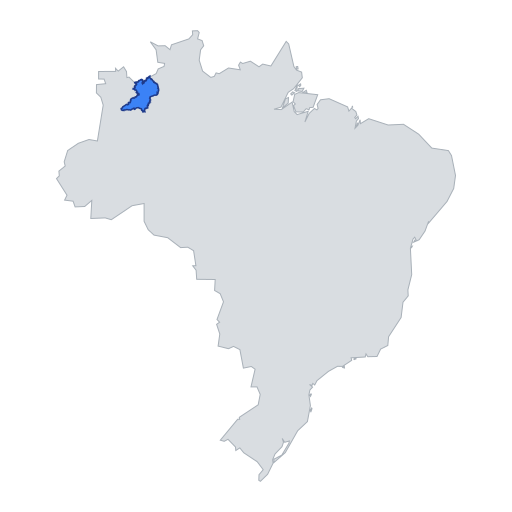 Santa Isabel do Rio Negro, Amazonas, Brazil shown in context
{"feature_id": "56859067B13835224033423", "entity_name": "Santa Isabel do Rio Negro", "entity_type": "district", "adm_level": 2, "iso_a3": "BRA", "parent_name": "Brazil", "parent_adm1": "Amazonas", "projection": "robinson", "projection_center": [-65.415, -0.252], "detail": "fine", "context": "in_parent", "style": "filled", "palette": "blue", "viewbox_px": 512, "rotation_deg": 0, "n_neighbors": 0, "source": "geoboundaries", "source_scale": "gbopen_adm2", "svg_char_len": 8506}
<svg xmlns="http://www.w3.org/2000/svg" viewBox="0 0 512 512"><path d="M129.0,77.1L134.4,82.4L141.2,79.9L143.3,83.3L147.1,78.5L156.2,73.6L158.2,68.9L164.1,66.4L164.6,63.4L157.8,62.3L156.1,49.8L150.3,41.8L158.1,45.9L165.1,45.7L170.0,49.7L171.5,44.8L188.9,38.9L192.7,34.7L192.4,30.9L197.6,30.7L199.2,32.5L197.6,38.9L202.1,40.6L203.7,45.8L200.6,49.8L199.2,60.2L202.6,71.1L210.8,77.4L214.3,76.4L216.1,72.9L219.2,73.7L228.5,68.0L240.3,69.8L238.6,65.2L240.4,62.1L242.7,63.5L250.4,61.2L259.0,66.8L262.7,64.1L270.9,66.0L286.2,41.4L288.7,44.0L293.9,66.6L296.5,70.1L301.6,72.1L302.3,77.8L293.6,88.7L288.2,92.3L281.0,107.1L274.0,109.2L281.3,109.6L292.1,102.1L294.2,111.6L297.1,114.6L308.2,111.3L304.9,122.0L309.2,113.4L314.4,108.5L316.9,109.9L318.1,108.4L317.1,104.5L320.5,99.8L329.1,98.7L347.6,106.9L348.9,111.1L351.5,108.2L355.8,111.5L356.9,115.0L354.7,117.5L355.6,118.7L358.0,116.3L358.5,118.6L356.4,121.0L355.0,128.3L357.9,125.3L360.1,119.8L360.4,123.7L368.7,118.7L388.1,125.0L403.5,124.3L418.7,134.2L431.8,148.1L448.4,150.6L451.5,155.6L455.5,175.5L453.7,188.5L447.0,201.5L428.6,223.1L428.6,221.3L425.0,231.1L419.2,239.7L416.6,241.0L414.7,237.2L413.0,239.1L410.4,248.3L411.7,274.6L407.9,289.8L408.2,295.9L403.0,302.2L401.1,317.5L388.6,336.7L387.8,345.5L380.6,349.1L377.0,356.5L367.8,356.7L366.0,353.9L365.2,357.0L351.1,357.8L351.7,360.3L342.5,366.4L337.5,366.3L328.4,371.4L317.0,380.6L314.7,385.0L312.8,383.4L312.0,385.4L309.5,384.5L312.6,387.1L309.9,390.0L308.9,394.9L310.4,405.6L307.4,421.6L297.7,430.7L285.3,452.6L274.0,462.5L273.9,459.2L281.8,455.1L289.0,443.1L289.3,441.0L284.7,442.3L282.2,438.4L283.5,442.2L282.0,446.7L275.0,454.0L272.6,459.8L273.1,463.1L267.6,474.3L260.4,481.3L258.8,480.3L259.0,474.7L263.2,469.7L257.3,461.8L243.8,452.8L239.8,447.9L235.8,450.5L235.5,447.0L228.0,439.3L224.2,441.3L220.3,440.2L237.7,419.2L239.7,419.3L239.3,417.3L258.2,404.8L260.2,394.4L257.0,386.9L251.0,386.9L255.1,369.2L251.3,366.5L243.4,368.1L239.9,349.6L233.5,346.4L228.5,348.7L218.1,346.1L219.8,334.0L216.6,324.3L219.6,322.2L217.0,319.5L223.5,301.8L220.2,293.7L214.6,290.5L215.2,279.5L196.7,279.3L196.1,270.2L192.7,265.8L195.9,265.7L193.6,250.7L187.8,247.2L180.6,247.6L167.7,237.7L154.0,235.1L148.2,229.7L144.1,221.3L144.1,203.5L132.1,205.7L111.3,219.7L105.2,217.9L90.8,218.5L91.8,200.4L84.7,206.5L75.1,206.9L73.1,201.2L64.6,200.1L67.0,195.2L56.5,178.6L59.3,175.8L58.9,171.1L65.2,166.0L64.2,161.8L67.7,150.5L78.3,143.3L89.0,139.5L97.4,141.0L103.2,105.1L100.8,97.2L96.4,92.9L96.5,84.6L105.7,83.7L104.1,79.1L98.6,79.0L98.6,71.5L115.7,71.4L115.5,68.3L118.2,71.1L123.6,66.8L126.5,71.6L126.9,77.6L129.0,77.1ZM298.7,92.6L317.7,94.7L313.1,107.3L309.7,107.6L309.0,109.8L306.2,108.7L303.2,112.0L296.0,111.9L293.5,105.6L295.3,104.0L293.1,101.7L294.7,94.4L298.7,92.6ZM282.5,107.8L285.5,98.8L288.5,97.5L288.2,103.1L282.5,107.8ZM303.9,88.2L302.1,91.5L297.8,90.8L298.5,88.6L303.9,88.2ZM297.4,84.4L296.7,91.4L294.9,90.6L297.4,84.4ZM307.0,92.6L304.2,92.9L303.0,92.4L306.3,90.3L307.0,92.6ZM294.6,92.8L291.8,95.1L290.7,93.9L292.7,91.9L294.6,92.8ZM299.7,86.7L298.4,85.3L300.6,83.9L300.8,85.2L299.7,86.7ZM298.1,68.9L296.5,69.2L296.2,66.7L297.7,66.5L298.1,68.9ZM310.8,412.2L310.4,410.0L311.7,408.0L312.0,408.6L310.8,412.2ZM344.2,365.5L344.5,368.0L342.6,367.5L344.2,365.5ZM310.5,396.4L309.7,395.1L311.0,393.8L311.4,394.3L310.5,396.4ZM357.4,123.8L356.3,126.4L357.5,122.7L357.4,123.8ZM415.5,241.4L413.6,242.2L414.9,240.1L415.5,241.4ZM356.1,358.8L354.2,359.6L353.8,359.1L355.0,358.0L356.1,358.8ZM412.3,246.2L411.6,247.6L411.1,246.7L412.3,246.2ZM352.5,105.9L352.6,107.3L352.0,107.1L352.5,105.9Z" fill="#d9dde1" stroke="#a8b0b8" stroke-width="1"/><path d="M150.1,100.1L150.3,100.0L150.1,99.9L150.2,99.7L150.1,99.4L150.1,99.2L149.9,98.8L150.1,98.8L150.1,98.6L150.1,98.3L149.9,98.2L150.1,97.9L149.9,97.7L150.0,97.5L149.9,97.5L149.9,97.4L149.9,97.2L150.0,97.0L150.6,96.6L151.1,96.5L151.7,96.2L152.1,96.2L152.9,95.8L153.4,95.8L153.9,95.3L155.0,95.1L156.0,95.2L156.4,95.1L156.8,94.7L157.3,94.6L157.5,94.2L157.4,94.1L157.5,93.5L157.3,93.5L157.4,93.3L157.2,93.2L157.2,92.8L157.3,92.9L157.4,93.0L157.6,92.9L157.7,92.6L157.9,92.4L158.0,92.4L158.1,92.5L158.2,91.7L158.5,91.2L158.5,90.8L158.4,90.7L158.5,90.6L158.4,90.5L158.5,90.1L158.7,89.9L158.7,89.7L158.5,89.1L158.4,89.0L158.5,89.0L158.5,88.7L158.4,88.7L158.1,88.1L158.2,87.9L158.1,87.6L158.2,87.3L158.1,87.2L157.9,87.0L158.0,86.7L157.8,86.6L157.8,86.3L157.8,86.1L157.8,85.7L157.5,84.5L157.3,84.5L157.3,84.3L156.8,84.0L156.7,83.6L156.3,83.7L156.1,83.4L155.9,83.4L155.8,83.2L155.6,83.1L155.4,82.9L155.2,83.0L155.0,82.8L154.7,82.8L154.5,82.3L154.3,82.3L154.3,82.1L154.0,81.9L153.8,82.0L153.8,81.4L153.5,81.3L153.1,80.9L152.9,80.9L152.7,80.5L152.3,79.9L152.1,79.8L152.0,79.4L151.8,79.2L151.7,79.4L151.5,79.2L151.2,79.3L151.2,79.2L150.9,78.8L150.6,78.6L150.4,78.3L150.0,78.0L149.9,77.7L149.7,77.6L149.6,77.0L149.9,76.5L149.9,76.3L149.5,76.6L149.5,77.0L149.3,77.0L149.2,76.8L149.0,77.2L148.8,77.3L148.6,77.0L148.4,77.2L148.5,77.5L147.9,78.4L147.5,78.4L147.5,78.1L147.4,77.9L147.2,78.0L147.1,77.9L146.9,78.2L146.5,78.3L146.6,79.1L146.4,79.5L146.6,79.6L146.4,80.3L146.3,80.6L146.0,80.8L146.0,80.5L145.4,80.6L145.4,80.4L144.8,80.5L144.6,80.9L144.5,81.0L144.3,81.3L144.3,81.5L144.1,81.5L144.1,81.8L143.9,81.8L144.1,82.1L144.1,82.5L143.9,82.5L143.8,82.8L143.8,83.1L143.5,83.3L143.2,83.3L143.0,83.5L142.7,83.6L142.6,83.8L142.4,83.5L142.2,83.0L142.1,82.9L142.3,82.4L142.5,82.3L142.6,82.0L142.7,81.6L143.0,81.5L143.0,81.2L142.9,81.0L142.9,80.7L142.6,80.3L142.7,80.2L142.4,80.0L142.4,79.8L142.1,79.6L141.9,79.7L141.7,79.6L141.7,79.8L141.5,79.6L141.2,79.8L141.0,79.7L140.6,79.7L140.2,80.2L139.6,80.4L139.1,80.5L139.1,80.9L138.9,81.1L138.7,81.0L138.6,81.3L138.3,81.9L137.7,82.0L137.5,81.9L137.3,82.0L137.2,82.0L137.1,82.4L137.0,82.5L136.7,82.4L136.6,82.6L136.3,82.6L136.0,82.3L135.9,82.2L134.7,82.5L134.7,82.8L135.1,83.1L135.3,83.0L135.6,83.4L136.2,83.7L136.2,83.9L136.5,84.0L136.6,84.3L136.6,84.5L136.3,84.8L136.2,85.0L135.9,85.1L135.8,85.3L135.6,85.2L135.4,85.6L135.2,85.5L134.8,85.9L134.9,86.0L134.7,86.4L134.9,86.6L134.8,86.9L134.9,87.0L135.0,87.3L134.7,87.3L134.8,87.5L134.7,87.5L134.6,87.8L134.6,88.1L134.4,88.0L134.0,88.3L133.8,88.6L133.6,88.6L133.8,88.8L133.7,88.9L133.8,88.9L134.0,89.3L134.3,89.3L134.6,89.6L134.9,89.8L135.0,90.0L135.1,89.8L135.4,90.0L136.1,90.0L136.3,90.4L136.7,90.9L136.7,91.3L136.8,91.5L136.7,91.8L136.5,92.1L137.1,92.2L136.7,92.7L136.9,92.8L136.9,92.7L137.1,92.7L137.1,93.0L136.9,93.2L137.0,93.1L137.3,93.6L137.5,94.1L137.8,94.1L137.9,93.7L138.1,93.4L138.4,93.5L138.7,93.4L138.9,93.7L139.0,94.2L139.0,94.9L138.6,95.0L138.0,95.1L137.8,95.3L137.2,95.4L137.0,95.5L136.9,96.0L136.7,96.2L136.5,96.8L136.3,96.9L135.9,96.8L135.6,96.9L135.2,96.9L135.0,97.1L135.0,97.5L134.5,98.0L133.8,98.2L133.6,98.1L133.2,97.7L132.6,98.1L132.0,98.3L130.7,99.3L130.6,99.5L130.8,99.9L130.5,100.6L130.8,100.6L130.9,100.8L130.4,101.5L130.3,102.5L130.1,102.7L129.9,102.7L129.3,102.5L128.5,102.5L128.2,103.2L128.6,104.0L128.5,104.4L127.5,104.8L127.3,104.7L126.8,104.4L126.4,104.4L124.7,105.7L123.9,106.1L122.7,106.9L122.4,107.9L122.0,108.2L121.4,108.3L121.1,108.7L121.4,109.4L121.4,109.8L122.3,110.4L122.7,110.4L123.2,110.2L123.8,110.5L123.9,110.1L124.1,110.0L124.8,109.9L125.2,110.0L125.5,109.9L126.2,109.8L126.6,109.6L126.9,109.5L127.6,109.7L128.0,109.7L128.5,109.9L129.9,109.8L130.4,110.0L130.6,110.1L131.2,109.8L131.5,109.4L132.9,108.8L133.4,108.3L134.2,108.3L134.2,109.1L134.4,109.3L134.7,109.4L135.0,109.2L135.5,108.5L136.6,107.8L137.4,107.7L138.5,107.6L138.9,107.8L139.3,108.3L139.8,108.3L140.4,108.6L141.0,108.6L141.4,108.8L141.6,109.3L141.5,109.8L141.6,110.2L141.9,110.5L142.4,110.5L142.6,110.6L142.8,110.9L142.8,111.7L142.9,112.0L143.1,112.0L143.3,111.5L143.6,111.3L144.9,111.8L144.9,111.4L144.6,111.4L144.5,111.1L144.3,111.0L144.3,110.6L144.5,110.3L144.5,110.0L144.7,109.7L144.8,109.3L145.0,109.1L145.0,108.5L145.5,108.4L145.6,108.5L145.8,108.3L146.1,108.4L146.2,108.1L146.4,108.2L146.6,108.2L147.1,108.1L147.4,108.0L147.3,107.9L147.5,107.7L147.7,107.3L147.4,107.1L147.4,106.9L147.4,106.1L147.5,106.1L147.7,105.9L147.5,105.6L147.8,105.4L147.6,105.3L147.7,105.2L147.7,104.9L147.8,104.8L148.1,104.8L148.2,104.7L148.3,104.8L148.3,104.6L148.5,104.5L148.3,104.2L148.4,103.8L148.3,103.5L148.3,103.4L148.5,103.4L148.6,103.2L148.8,103.0L149.2,103.2L149.4,103.1L149.3,102.9L149.5,102.8L149.4,102.7L149.5,102.6L149.4,102.6L149.6,102.4L149.5,102.0L149.7,101.9L149.7,101.5L149.8,101.5L149.7,101.4L149.7,101.1L149.8,100.8L150.0,100.8L150.1,100.5L150.1,100.1Z" fill="#3b82f6" stroke="#1e3a8a" stroke-width="1.5"/></svg>